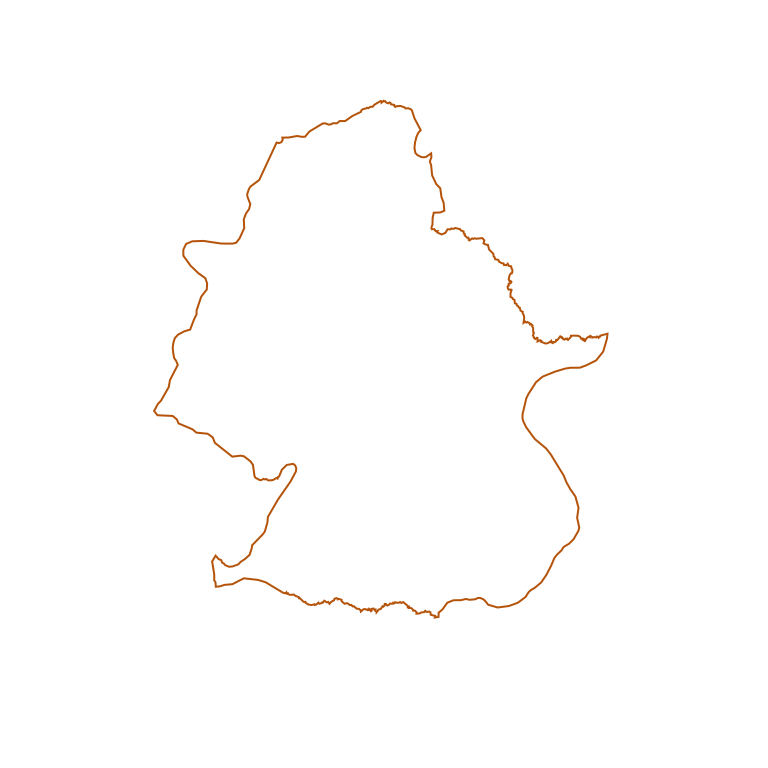 Nadowli-kaleo, Upper West, Ghana (Natural Earth projection), rotated 207°
{"feature_id": "2480657B27045720373273", "entity_name": "Nadowli-kaleo", "entity_type": "district", "adm_level": 2, "iso_a3": "GHA", "parent_name": "Ghana", "parent_adm1": "Upper West", "projection": "natural_earth1", "projection_center": [-2.713, 10.287], "detail": "fine", "context": "isolated", "style": "outline", "palette": "amber", "viewbox_px": 768, "rotation_deg": 207, "n_neighbors": 0, "source": "geoboundaries", "source_scale": "gbopen_adm2", "svg_char_len": 6166}
<svg xmlns="http://www.w3.org/2000/svg" viewBox="0 0 768 768"><g transform="rotate(207 384 384)"><path d="M589.3,550.4L587.8,509.2L592.6,499.3L592.9,496.6L592.1,491.0L590.6,488.8L584.8,483.6L583.6,478.6L584.4,473.2L583.7,467.1L579.3,459.4L578.8,448.1L579.9,442.7L582.7,440.3L592.9,435.2L609.9,429.5L619.6,424.1L623.9,419.0L623.8,412.6L621.0,407.2L610.1,401.6L599.5,398.4L591.3,397.2L587.3,393.4L584.8,387.8L586.5,378.9L584.4,364.5L582.6,360.8L582.6,355.4L581.4,344.5L585.9,340.2L589.9,334.5L591.2,329.9L590.4,325.2L588.9,320.7L586.0,316.1L582.7,311.8L579.8,310.3L576.4,307.4L576.5,290.4L574.4,283.5L575.1,268.1L576.4,263.5L576.6,255.6L571.7,253.3L557.8,259.6L552.5,258.4L549.1,255.6L534.1,256.7L529.1,255.5L518.6,259.6L512.3,258.7L508.0,254.8L486.2,250.4L479.3,255.0L476.1,256.0L467.9,254.5L464.0,252.4L457.6,243.2L456.0,242.1L451.2,242.0L449.9,242.5L448.2,244.8L447.1,244.8L445.5,246.0L443.8,245.5L441.2,246.7L439.3,248.1L437.2,251.4L435.9,251.4L436.2,253.2L435.5,253.9L436.1,261.3L433.9,267.7L428.7,271.6L426.1,271.1L423.9,269.1L422.8,266.1L423.0,254.8L426.0,233.0L427.1,212.8L425.0,207.7L423.2,198.4L423.8,194.9L428.3,180.4L427.3,177.7L426.2,170.7L428.4,165.0L431.0,160.4L431.9,157.2L436.2,152.6L439.2,150.8L443.2,150.5L445.5,151.4L447.0,151.3L449.1,153.2L451.7,152.9L456.1,154.6L456.6,147.9L448.7,137.1L446.1,131.9L444.2,130.9L441.8,127.0L438.4,129.2L434.8,132.7L428.2,136.8L420.7,147.2L407.5,152.2L399.4,153.6L379.2,152.2L376.5,152.8L376.4,154.0L375.6,153.4L374.8,153.9L374.5,153.2L372.0,153.5L368.5,155.5L367.1,155.0L362.9,155.4L362.3,154.5L361.5,154.9L356.8,153.4L355.1,154.2L354.3,153.4L351.1,153.2L348.1,154.2L345.9,156.2L345.2,155.7L344.0,157.1L343.3,159.4L341.9,158.8L339.8,160.7L339.9,161.4L339.2,161.6L338.8,163.8L335.6,163.5L334.8,164.5L332.8,163.4L332.1,166.1L330.3,168.6L330.6,170.2L329.2,171.6L327.7,171.7L327.4,171.2L326.8,171.9L323.9,172.5L323.1,171.2L319.3,170.3L317.7,171.8L316.3,172.0L314.2,171.5L313.0,172.3L310.8,171.6L309.9,172.3L306.2,171.4L304.3,172.3L302.2,171.8L301.3,170.7L300.2,173.6L299.2,174.7L297.4,174.9L296.9,175.5L295.7,175.1L295.3,175.4L295.3,176.8L292.4,175.6L292.1,176.4L293.1,177.9L291.4,179.2L289.9,178.4L289.2,179.2L288.5,177.9L287.5,178.0L287.0,177.2L286.3,180.7L284.7,182.1L284.5,184.8L284.2,185.5L283.4,185.4L283.0,187.0L283.5,188.3L282.5,188.9L282.0,188.2L280.3,188.2L279.2,189.9L279.1,191.0L276.3,192.3L276.5,193.2L275.5,193.2L275.1,194.6L274.5,194.4L271.5,195.8L270.6,197.0L269.1,196.8L267.9,198.4L262.1,197.1L261.6,196.1L260.6,196.9L260.3,195.7L258.1,196.7L256.0,196.2L255.3,195.3L253.5,196.1L251.1,195.2L250.8,194.1L248.3,195.6L246.9,197.5L244.7,198.9L244.3,200.6L242.6,200.2L240.3,201.8L238.9,201.6L237.6,199.6L233.1,200.6L232.7,199.0L229.7,201.2L231.5,205.1L229.6,209.5L228.3,217.8L224.0,222.8L217.2,226.4L213.5,229.6L210.0,230.5L207.0,232.3L204.8,233.8L203.2,236.0L201.2,237.0L198.2,237.3L195.7,236.8L190.9,234.6L181.2,236.5L171.9,242.9L165.4,249.9L161.2,258.5L160.6,264.3L159.5,267.2L157.2,270.7L153.9,278.4L152.7,287.3L152.6,297.8L153.2,306.2L152.5,310.1L150.3,316.4L150.0,320.2L146.5,325.9L144.6,331.9L144.1,341.6L144.9,344.8L151.2,352.5L154.4,361.9L162.3,370.6L170.0,374.7L176.9,379.3L182.3,384.0L203.5,397.0L210.4,400.2L224.5,403.4L237.5,409.9L242.6,413.7L244.9,416.1L246.8,419.9L250.7,435.8L250.8,440.6L249.4,454.5L246.4,461.8L245.0,463.8L237.5,472.4L229.8,479.8L225.3,483.1L216.8,487.5L212.5,492.2L205.7,501.3L203.4,512.4L205.9,525.5L207.7,530.3L213.2,525.3L212.9,524.4L213.8,523.5L213.8,522.8L214.7,523.3L215.8,523.0L215.9,521.9L217.9,521.3L219.5,519.9L220.0,520.4L221.9,520.5L221.8,519.2L222.8,519.4L224.2,517.1L224.5,513.4L226.6,513.6L226.1,514.8L227.5,514.8L228.8,513.8L230.7,515.1L232.9,515.1L237.2,513.1L239.3,511.9L238.8,511.1L240.0,506.9L241.5,507.6L242.1,506.6L242.9,506.7L243.3,505.6L244.5,505.2L246.2,506.4L246.8,505.8L247.7,506.6L248.6,506.5L249.5,501.8L250.6,501.5L250.2,500.0L250.8,498.8L252.0,498.4L252.1,497.1L253.0,497.1L254.4,498.3L254.5,497.0L255.2,497.1L256.6,494.7L258.5,493.4L263.3,492.9L263.4,493.9L264.9,493.9L266.5,491.6L268.1,494.7L268.8,494.6L269.6,492.9L270.6,492.8L273.4,495.0L273.6,497.5L274.7,498.1L276.6,501.6L278.1,502.6L278.2,503.6L280.3,504.2L280.8,503.3L281.9,504.2L284.3,504.4L285.1,503.3L286.5,503.7L287.4,501.9L289.1,506.6L290.4,508.4L292.8,510.3L293.1,511.3L295.6,511.3L297.7,513.6L298.6,513.3L299.8,514.3L301.2,514.3L302.4,515.6L304.0,515.3L306.0,518.2L307.8,518.2L308.8,519.1L310.8,519.0L312.6,522.6L313.0,525.7L313.9,525.8L315.5,524.7L316.4,524.9L318.0,526.6L318.0,528.3L317.6,528.5L318.4,530.0L317.0,531.2L316.8,532.8L318.1,533.3L318.8,532.6L320.3,533.7L321.4,537.5L321.3,540.0L320.4,540.5L320.4,541.8L321.5,544.1L322.7,544.7L324.1,546.6L326.2,545.9L328.4,547.3L328.9,545.4L331.2,544.5L332.2,545.7L334.1,545.1L337.0,545.2L338.4,546.5L341.7,545.6L343.0,547.2L344.2,547.4L345.6,549.6L351.5,551.6L354.5,555.1L356.8,554.4L359.2,554.5L359.8,557.6L362.7,558.6L367.6,555.4L369.6,554.9L370.2,553.9L371.6,553.7L373.0,550.7L374.1,550.9L374.0,551.7L375.3,552.7L376.4,552.1L379.7,553.1L380.0,554.3L381.4,554.5L382.4,556.1L385.5,555.7L386.4,556.5L391.3,555.4L392.3,553.9L394.7,553.1L394.9,552.0L397.6,550.7L397.9,546.5L400.6,543.4L405.2,543.2L405.8,543.5L405.7,544.6L407.5,543.7L409.4,544.8L411.7,543.6L412.8,545.0L413.2,548.1L416.1,554.1L417.4,559.2L411.6,562.5L408.9,565.8L413.1,572.5L417.7,576.7L422.7,583.9L428.1,585.8L435.8,591.7L441.4,600.4L444.2,603.1L444.7,607.5L446.7,610.9L449.7,605.3L451.4,604.1L453.6,603.2L456.0,603.1L458.5,603.2L461.0,604.2L464.0,608.1L466.0,613.2L467.3,619.1L467.5,623.5L466.5,626.8L477.5,634.6L483.4,640.5L485.0,641.0L487.7,640.7L489.8,639.3L491.3,639.8L495.6,639.2L499.2,637.0L499.6,636.1L500.8,636.2L501.6,637.3L504.8,636.4L505.8,637.4L507.0,637.3L507.8,635.9L509.7,635.8L511.6,636.5L512.2,635.9L512.8,636.1L513.9,633.6L514.6,634.8L515.6,634.5L519.4,628.4L520.0,625.8L522.0,624.8L523.1,622.7L524.6,622.4L525.3,621.1L527.4,619.6L528.4,617.6L528.1,616.0L533.9,608.4L538.0,600.6L542.9,598.1L544.3,594.9L548.0,593.1L548.9,591.5L551.0,590.0L554.6,589.6L556.9,588.3L565.1,575.1L566.6,568.5L569.5,566.9L573.9,565.6L580.9,560.3L586.4,557.4L585.2,555.8L585.2,552.9L586.9,551.0L589.3,550.4Z" fill="none" stroke="#b45309" stroke-width="2"/></g></svg>